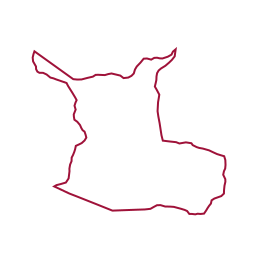 Igarassu, Pernambuco, Brazil, rotated 7°
{"feature_id": "56859067B26205413657265", "entity_name": "Igarassu", "entity_type": "district", "adm_level": 2, "iso_a3": "BRA", "parent_name": "Brazil", "parent_adm1": "Pernambuco", "projection": "mercator", "projection_center": [-34.962, -7.796], "detail": "fine", "context": "isolated", "style": "outline", "palette": "rose", "viewbox_px": 256, "rotation_deg": 7, "n_neighbors": 0, "source": "geoboundaries", "source_scale": "gbopen_adm2", "svg_char_len": 1882}
<svg xmlns="http://www.w3.org/2000/svg" viewBox="0 0 256 256"><g transform="rotate(7 128 128)"><path d="M210.4,204.5L213.9,203.7L215.6,200.4L216.7,197.9L217.9,195.5L219.5,192.9L219.8,189.6L222.3,187.5L228.9,184.2L231.2,181.4L230.9,178.1L230.8,173.5L231.2,169.5L230.8,166.9L228.2,162.8L228.5,159.2L229.4,156.4L229.3,152.8L228.5,147.9L226.9,144.3L222.7,143.6L219.5,143.0L215.7,141.8L211.2,140.3L204.8,139.3L201.1,139.1L198.5,138.6L194.3,137.1L192.8,135.4L187.2,135.2L180.9,137.1L177.5,136.2L170.7,136.3L164.1,136.3L162.1,131.1L158.8,119.4L156.7,112.8L155.3,107.7L154.7,98.7L154.9,94.3L155.0,91.1L151.8,86.5L149.6,83.6L150.0,80.1L150.3,77.0L150.0,73.3L150.2,70.0L151.4,67.2L153.5,64.9L157.5,61.7L160.8,58.1L163.3,55.0L165.6,51.2L165.7,44.1L163.3,46.7L162.2,49.9L158.8,52.4L153.7,54.8L151.0,55.0L148.3,54.7L145.5,55.2L142.7,57.3L138.3,56.7L135.1,57.3L132.4,61.6L129.2,65.9L127.8,69.1L127.1,73.2L125.1,75.8L122.1,77.9L117.5,79.0L114.0,76.9L107.7,76.2L105.0,75.9L101.8,76.9L98.6,78.3L92.2,78.8L89.4,79.2L86.9,81.3L81.7,83.2L75.9,85.5L71.6,86.1L67.7,86.2L25.8,63.3L25.2,66.2L24.8,69.7L25.7,73.5L29.2,78.2L29.6,80.8L31.2,83.1L33.3,84.0L37.0,83.6L40.7,84.8L44.8,87.4L48.0,87.8L50.7,88.5L61.5,90.8L63.4,93.6L68.7,100.1L71.9,104.2L73.6,106.6L72.8,109.1L72.2,112.4L73.8,116.1L72.5,121.1L72.9,123.3L73.8,126.3L76.9,128.0L80.0,130.9L81.6,133.6L83.2,135.7L85.3,136.9L86.8,140.0L87.8,142.6L86.4,145.7L83.9,148.6L81.5,150.2L78.4,152.1L78.1,155.5L77.6,158.2L76.7,161.6L75.7,164.2L76.0,167.8L75.0,171.4L74.8,175.5L75.2,178.1L75.2,185.3L73.0,189.7L67.9,191.9L64.0,193.4L61.9,195.0L77.8,200.2L85.7,202.2L106.0,207.5L122.6,211.9L146.9,208.0L154.6,206.8L160.1,205.5L163.2,203.2L166.2,201.1L169.7,200.6L174.4,201.4L179.2,200.9L183.1,200.7L186.7,201.2L190.3,201.7L194.2,202.4L196.8,203.2L199.3,205.8L201.8,205.5L205.3,205.5L207.6,204.6L210.4,204.5Z" fill="none" stroke="#9f1239" stroke-width="2"/></g></svg>